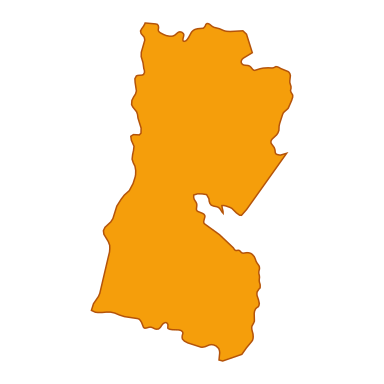 an SVG outline of Alto Paraná, rotated 180°
{"feature_id": "PRY-616", "entity_name": "Alto Paraná", "entity_type": "Department", "adm_level": 1, "iso_a3": "PRY", "parent_name": "Paraguay", "parent_adm1": "", "projection": "orthographic", "projection_center": [-55.001, -25.353], "detail": "fine", "context": "isolated", "style": "filled", "palette": "amber", "viewbox_px": 384, "rotation_deg": 180, "n_neighbors": 0, "source": "natural_earth", "source_scale": "10m", "svg_char_len": 4475}
<svg xmlns="http://www.w3.org/2000/svg" viewBox="0 0 384 384"><g transform="rotate(180 192 192)"><path d="M250.4,234.4L250.0,237.7L252.7,243.9L253.2,247.7L250.6,249.4L244.6,249.1L243.0,250.9L242.9,255.9L246.0,265.9L246.5,269.6L247.4,272.2L251.2,277.0L252.4,279.4L252.1,283.6L250.4,287.0L248.5,290.0L247.6,293.1L248.9,301.7L249.1,305.3L247.6,308.1L246.1,308.6L242.0,308.9L240.5,309.5L239.5,311.6L239.6,313.5L240.2,315.5L241.0,321.3L242.8,327.4L242.7,331.7L239.2,343.9L239.8,346.8L242.9,350.5L243.5,353.0L242.4,355.1L240.4,357.9L239.0,360.5L238.9,361.0L238.5,361.0L228.7,360.1L226.8,359.7L225.8,358.5L225.5,357.3L225.4,356.1L225.7,354.7L225.7,353.8L225.5,353.0L225.1,352.4L224.4,351.7L223.5,351.1L220.2,349.4L217.7,348.4L214.5,347.8L211.8,347.8L210.5,348.2L209.0,349.0L206.7,351.0L205.7,351.7L204.8,352.1L203.5,352.1L202.1,351.7L200.6,350.4L200.2,349.4L200.3,348.1L201.0,345.3L201.1,344.4L201.0,343.5L200.7,342.9L200.2,342.7L199.4,342.7L198.3,343.1L197.5,343.7L196.5,344.9L195.3,346.7L192.7,351.5L192.0,352.4L190.8,353.5L189.6,354.3L188.6,354.7L186.3,355.3L180.6,355.8L179.5,357.0L178.8,357.9L178.3,359.3L178.0,359.7L177.6,360.1L176.9,360.5L175.9,360.4L174.5,359.8L171.9,357.7L170.1,356.7L164.6,355.3L160.2,353.4L158.5,352.9L157.2,352.7L153.8,352.5L141.1,353.2L137.5,349.8L131.7,331.3L140.6,325.9L142.0,324.6L142.8,322.8L142.7,321.2L141.7,319.8L140.6,319.1L139.3,318.8L136.0,318.5L134.6,318.0L133.5,317.2L132.6,316.2L132.0,315.4L131.3,314.6L130.3,313.8L129.3,313.6L123.8,315.3L120.8,315.9L115.9,316.2L111.8,316.0L110.3,316.3L108.1,317.4L106.8,317.2L105.4,316.7L103.1,315.4L96.0,312.5L95.2,311.9L94.2,310.5L93.6,308.4L94.2,303.2L94.2,301.4L93.0,297.5L93.0,295.7L93.5,293.5L93.0,291.7L92.2,290.5L91.3,288.9L91.3,286.9L92.4,283.5L95.7,275.9L96.3,275.2L99.8,272.1L100.9,270.8L101.6,269.0L104.3,260.6L104.9,257.9L105.1,253.6L106.1,251.0L107.4,249.1L111.8,245.0L112.8,243.5L113.1,242.2L112.9,240.8L112.1,239.6L109.9,236.6L109.2,234.8L108.9,233.2L108.8,231.8L108.4,230.6L107.5,229.7L105.2,229.1L103.6,228.9L97.4,230.7L137.4,174.5L142.5,168.7L144.4,168.8L147.6,171.1L152.0,175.5L153.8,176.5L158.0,178.0L160.2,178.5L162.1,178.4L161.9,176.6L161.0,172.8L160.9,170.8L162.0,172.0L163.6,174.6L164.7,175.9L166.0,176.8L167.4,177.3L170.4,177.9L172.8,178.9L174.1,180.6L174.8,182.7L175.1,185.3L177.4,189.4L181.8,190.1L186.4,190.2L190.3,189.0L190.3,186.6L190.1,185.6L189.8,184.7L189.3,183.8L188.3,182.3L187.8,181.4L187.4,180.5L187.2,179.5L187.2,178.3L187.6,174.9L187.4,173.9L186.9,173.1L186.2,172.6L181.6,170.7L180.7,170.2L180.0,169.7L179.5,169.0L179.1,168.1L179.1,167.2L180.1,163.5L180.3,162.3L180.2,161.2L179.7,160.4L179.0,159.8L164.5,149.3L150.6,136.1L149.6,134.5L149.0,133.9L148.2,133.5L147.2,133.5L146.2,133.7L145.3,133.7L144.5,133.4L143.8,132.8L143.2,132.1L142.5,131.4L141.7,131.0L140.7,130.8L137.5,131.3L136.4,131.3L135.2,131.2L134.1,130.9L133.2,130.6L132.3,130.0L131.6,129.5L130.4,128.1L129.8,127.4L129.4,126.6L128.6,124.7L128.0,122.9L127.1,121.2L125.0,118.2L124.6,117.0L124.5,115.2L125.1,112.8L125.2,111.3L125.1,110.1L124.8,109.1L124.6,108.0L124.5,106.7L124.8,103.8L124.7,102.6L124.5,101.5L124.2,100.6L123.9,99.5L123.8,98.1L123.9,96.1L125.1,94.9L126.9,92.1L127.1,90.3L127.0,88.6L125.5,84.1L124.7,80.5L125.1,78.4L125.7,77.3L127.1,76.4L128.3,75.3L129.4,73.0L129.8,70.7L129.6,62.9L130.3,61.1L132.1,57.8L132.3,56.2L132.1,54.2L131.0,50.0L130.8,47.1L131.0,45.3L131.5,43.7L132.4,42.4L137.6,36.1L142.1,29.7L161.3,23.0L165.0,24.0L164.3,31.1L164.5,33.2L165.3,35.5L167.9,38.0L170.4,39.1L172.7,39.4L174.8,39.0L178.9,37.3L181.5,36.8L182.9,36.8L196.2,41.1L199.6,42.9L201.6,45.0L201.9,46.7L201.8,48.1L201.6,49.1L201.2,50.2L201.1,51.1L201.5,52.2L202.6,53.3L204.0,53.8L205.4,54.1L211.7,54.3L214.2,54.7L215.6,55.3L216.2,55.9L216.2,56.8L216.1,57.9L216.1,59.6L217.0,60.9L217.9,61.4L218.9,61.4L219.8,61.0L220.8,60.4L221.6,59.5L222.4,58.5L223.5,56.8L224.4,55.9L225.6,55.0L227.7,54.8L229.2,55.2L231.2,56.2L232.5,56.7L233.9,56.9L235.1,56.7L237.6,56.0L239.1,55.8L239.9,56.1L240.6,56.9L242.5,61.7L243.5,63.3L244.6,64.7L246.3,65.4L259.6,67.4L264.6,69.0L269.4,71.0L273.5,71.9L277.8,71.9L281.8,71.5L286.3,71.5L288.7,71.8L292.6,73.6L290.5,80.3L285.5,87.6L284.2,90.7L276.1,125.3L274.5,131.9L274.2,135.4L274.3,138.7L275.7,142.4L280.1,149.7L280.6,153.3L279.0,156.7L273.2,162.1L271.1,165.4L267.2,177.9L262.9,184.7L259.7,188.9L254.7,193.4L250.9,200.5L248.8,207.2L248.4,209.4L248.3,213.5L249.0,217.7L250.7,221.2L251.9,224.8L251.4,229.3L250.4,233.9L250.4,234.4Z" fill="#f59e0b" stroke="#b45309" stroke-width="1.5"/></g></svg>